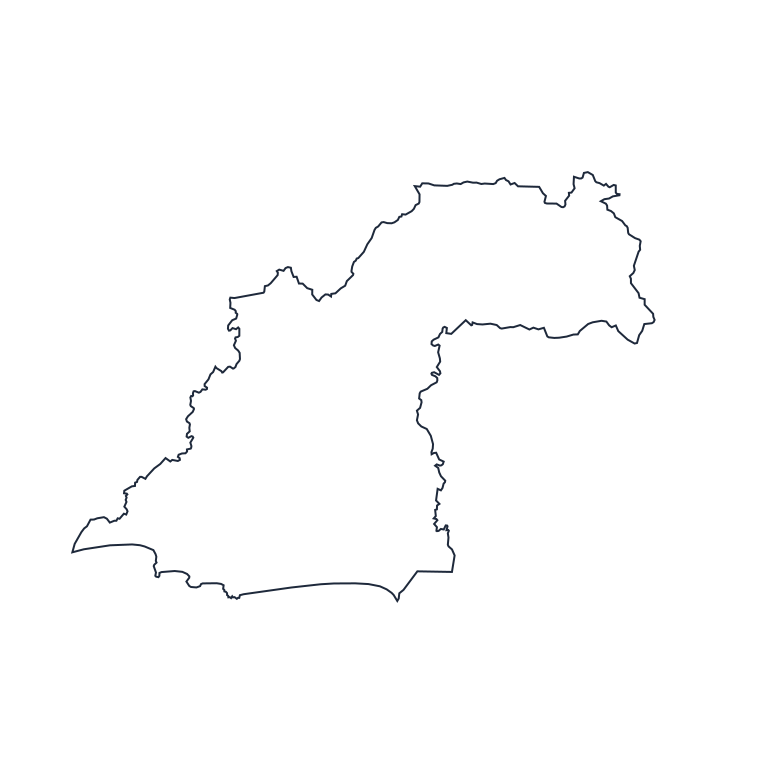 Phu Cat, Bình Định, Vietnam (orthographic projection), rotated 112°
{"feature_id": "81297802B92234400822922", "entity_name": "Phu Cat", "entity_type": "district", "adm_level": 2, "iso_a3": "VNM", "parent_name": "Vietnam", "parent_adm1": "Bình Định", "projection": "orthographic", "projection_center": [109.072, 14.062], "detail": "fine", "context": "isolated", "style": "outline", "palette": "slate", "viewbox_px": 768, "rotation_deg": 112, "n_neighbors": 0, "source": "geoboundaries", "source_scale": "gbopen_adm2", "svg_char_len": 6166}
<svg xmlns="http://www.w3.org/2000/svg" viewBox="0 0 768 768"><g transform="rotate(112 384 384)"><path d="M534.5,558.8L542.0,561.5L548.3,565.4L558.3,569.2L561.3,569.7L560.9,573.9L561.5,575.4L565.3,576.7L567.3,576.3L568.7,577.8L571.8,576.7L573.4,579.5L580.2,584.8L582.7,584.1L582.0,581.4L582.5,580.6L584.5,581.4L585.8,580.1L588.2,580.1L589.8,578.6L595.0,578.8L596.6,575.6L598.1,574.1L601.6,574.1L601.7,576.6L608.0,578.7L608.3,580.6L611.0,580.9L611.8,582.8L615.2,586.3L612.7,590.5L612.4,593.8L615.9,599.5L618.3,602.1L619.7,605.3L627.2,606.1L630.2,607.9L634.7,609.1L648.1,610.9L656.8,609.9L649.7,600.4L636.2,577.6L627.1,557.4L624.9,549.9L624.3,545.1L624.4,535.6L627.3,532.1L629.4,530.4L633.5,529.3L634.8,528.0L637.6,529.3L639.1,529.3L644.2,524.8L647.5,524.2L648.0,523.1L647.6,520.8L646.0,520.4L643.3,521.4L641.7,519.8L635.8,508.0L633.7,500.6L633.9,495.4L635.3,492.4L636.6,492.0L641.2,493.2L644.2,488.9L644.5,486.9L642.9,481.7L640.3,478.8L638.1,478.7L636.8,477.4L631.4,464.5L630.4,460.2L630.7,457.3L634.2,456.4L634.7,455.0L636.1,454.3L635.9,452.8L636.7,451.2L638.5,450.4L638.8,449.1L640.1,448.4L639.4,447.2L639.8,445.6L637.7,445.2L638.4,444.1L637.6,442.7L638.3,440.0L637.0,439.3L636.5,438.1L633.8,438.5L631.5,435.4L607.4,393.7L593.4,367.7L587.7,355.7L579.6,336.0L575.3,323.4L573.1,312.0L573.4,304.6L574.8,298.7L576.0,296.0L580.2,290.4L577.4,290.0L572.3,291.4L567.6,288.8L545.2,282.9L532.8,250.6L516.5,254.3L511.9,259.0L510.4,263.3L509.1,264.6L502.2,266.7L498.5,268.9L495.8,268.9L495.3,269.8L496.1,271.3L492.1,271.8L491.6,272.5L492.0,273.8L496.5,274.1L497.1,277.0L499.7,278.3L500.6,279.8L500.5,280.4L496.9,281.3L495.0,285.1L490.3,283.5L489.6,284.8L490.0,287.5L487.0,286.5L481.6,289.4L480.4,288.0L476.8,289.3L474.4,287.7L472.5,292.1L461.1,295.0L461.3,291.4L458.5,290.8L454.1,291.4L452.2,290.7L450.7,291.0L448.2,296.6L445.4,299.6L441.5,302.3L440.6,306.0L438.8,305.0L438.7,301.6L437.9,300.3L436.3,299.4L433.6,299.6L433.3,304.6L428.2,309.9L429.3,311.9L431.3,313.5L429.4,314.5L425.7,314.6L421.4,316.0L414.5,321.2L409.7,327.5L409.4,333.5L407.7,337.6L405.3,339.9L399.5,341.0L396.4,343.5L392.6,341.6L386.9,342.3L385.0,343.4L384.3,346.0L379.3,347.4L377.3,347.1L372.2,342.0L367.5,339.9L362.7,335.8L360.6,335.9L358.5,336.9L357.6,339.2L357.6,342.9L356.7,343.9L355.7,343.8L354.3,341.9L354.9,336.4L353.0,335.7L351.2,336.9L348.5,341.4L342.2,340.3L339.3,341.8L334.3,345.7L327.6,346.8L327.1,348.5L329.7,351.1L329.9,352.9L329.2,354.9L326.6,355.7L324.3,354.6L320.4,351.0L316.6,350.8L313.9,349.5L310.7,350.4L309.4,350.2L308.3,349.2L308.5,346.7L313.5,345.3L312.3,340.4L294.2,332.1L296.9,325.1L296.2,324.4L293.7,324.9L293.6,320.2L291.9,315.0L288.2,307.9L287.1,301.6L288.7,297.3L288.5,295.6L283.9,288.2L282.9,285.4L278.3,279.8L279.0,269.6L275.8,266.6L275.5,261.3L272.0,256.8L278.7,250.4L279.0,248.7L277.5,243.4L275.5,239.0L271.6,232.4L267.2,226.9L265.4,222.9L261.5,222.3L251.9,217.2L248.6,213.6L243.9,206.0L242.8,201.2L245.3,197.2L246.1,194.2L242.9,191.0L247.2,186.6L251.6,174.7L252.6,166.8L251.2,164.8L243.1,165.7L238.0,164.5L230.9,165.1L227.3,158.4L225.6,157.2L223.2,157.1L220.9,159.4L218.1,160.8L212.9,172.0L207.7,174.1L208.3,179.4L204.4,182.0L198.0,192.8L193.9,194.5L192.0,196.5L187.7,194.4L184.4,194.2L180.8,196.6L165.9,197.5L163.6,196.8L160.1,198.6L155.5,199.5L154.5,201.3L154.7,205.9L153.4,213.0L152.4,214.2L147.9,216.6L146.7,218.1L146.5,219.7L143.7,224.3L142.7,232.0L139.7,234.8L138.6,238.4L138.7,242.2L135.0,244.0L133.7,245.8L133.3,251.4L130.1,248.9L127.7,244.8L124.3,242.1L120.8,236.4L119.8,236.7L120.5,239.2L119.7,240.8L113.1,243.5L113.4,245.6L117.0,248.4L117.0,249.8L115.3,253.1L117.7,254.5L117.0,259.4L117.4,262.6L116.8,264.1L112.0,268.7L111.2,274.4L113.4,277.7L118.2,277.2L119.5,278.1L120.3,279.9L120.7,285.5L127.7,283.1L131.1,280.6L136.3,281.9L137.5,284.2L140.0,282.9L146.3,284.7L149.6,283.0L151.7,283.1L153.0,284.2L153.4,285.8L152.1,291.6L155.7,300.8L155.8,302.7L154.9,303.5L149.0,304.3L147.6,308.1L143.1,314.0L150.5,333.8L148.7,338.2L151.6,341.4L149.4,344.5L149.2,347.3L147.8,349.5L150.9,353.6L153.2,355.3L155.9,355.7L157.7,357.6L160.4,365.7L162.1,368.7L162.6,373.6L164.0,376.9L165.1,382.6L167.3,385.8L169.9,387.8L170.8,391.6L172.2,394.2L173.7,395.3L176.6,399.6L181.0,411.8L181.4,417.9L183.6,423.7L187.5,424.4L189.0,429.6L194.8,422.1L202.0,419.3L203.7,419.4L206.3,421.7L210.4,421.9L213.4,423.1L218.8,427.4L219.8,430.8L222.2,430.6L223.3,432.4L226.7,432.6L230.2,434.9L232.1,437.1L233.6,441.2L234.0,445.0L235.1,446.8L240.1,448.4L242.3,450.1L244.7,450.5L253.3,450.1L260.7,451.8L269.0,452.2L276.9,455.0L277.9,456.3L280.2,456.4L282.1,457.6L286.9,457.5L291.4,456.5L292.2,456.1L293.3,453.7L294.6,453.5L302.5,457.0L307.4,456.8L311.5,459.9L318.1,463.0L320.2,466.6L322.7,465.9L322.0,469.3L322.9,471.9L327.2,474.3L331.4,475.3L331.4,478.1L327.9,484.1L323.5,485.8L323.9,491.1L321.4,497.0L322.7,500.5L317.3,505.2L318.6,507.9L314.1,512.1L311.1,513.9L311.6,516.9L313.4,518.7L316.7,519.5L317.2,524.0L319.5,525.7L320.6,524.1L322.9,523.4L333.0,526.8L336.1,528.5L337.9,531.1L343.2,529.6L344.5,529.9L360.3,554.8L361.5,558.8L363.4,558.7L366.2,556.8L371.1,555.1L371.1,550.3L372.0,548.7L373.5,548.2L374.0,546.4L374.7,546.0L378.7,545.6L381.7,548.6L388.1,550.4L391.2,549.4L392.6,547.7L391.9,546.6L388.9,545.4L388.6,541.7L386.2,540.4L387.0,538.8L393.5,536.2L395.2,537.2L396.4,539.1L397.7,539.1L399.4,537.5L404.3,537.7L406.4,535.5L407.6,531.8L409.2,529.5L414.8,526.9L416.6,526.8L420.8,528.2L423.9,528.1L425.9,529.2L426.3,529.8L425.6,533.3L426.5,534.9L433.5,537.6L434.0,538.3L433.0,539.6L432.0,545.3L431.1,546.8L436.9,546.9L440.1,548.5L445.5,548.5L451.3,550.3L453.1,549.5L453.7,546.7L455.0,546.3L456.1,547.2L457.0,550.4L460.1,551.2L461.4,552.4L461.4,556.7L462.1,557.8L464.1,557.7L466.1,556.7L467.1,557.0L467.3,558.3L469.0,558.5L472.0,556.6L475.9,555.8L476.9,554.8L477.6,551.4L478.3,550.8L481.5,550.9L487.4,553.7L490.7,554.3L492.6,552.7L493.2,549.7L494.2,548.8L497.5,548.1L500.7,546.4L504.0,548.0L506.7,547.3L507.2,545.3L504.5,543.0L504.4,541.7L505.2,540.7L510.9,541.6L513.7,539.3L515.4,538.9L516.3,539.0L518.5,542.2L520.4,541.3L522.6,542.1L524.1,545.3L526.5,547.9L528.8,547.8L529.3,545.7L530.8,544.8L532.6,546.3L533.7,551.9L535.9,553.1L534.5,558.8Z" fill="none" stroke="#1e293b" stroke-width="2"/></g></svg>